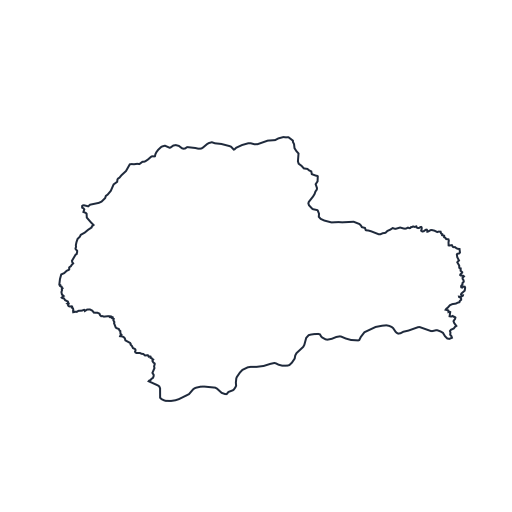 outline of Anzá, Antioquia, Colombia, rotated 75°
{"feature_id": "7082276B98317886135707", "entity_name": "Anzá", "entity_type": "district", "adm_level": 2, "iso_a3": "COL", "parent_name": "Colombia", "parent_adm1": "Antioquia", "projection": "equal_earth", "projection_center": [-75.914, 6.314], "detail": "fine", "context": "isolated", "style": "outline", "palette": "slate", "viewbox_px": 512, "rotation_deg": 75, "n_neighbors": 0, "source": "geoboundaries", "source_scale": "gbopen_adm2", "svg_char_len": 6024}
<svg xmlns="http://www.w3.org/2000/svg" viewBox="0 0 512 512"><g transform="rotate(75 256 256)"><path d="M385.7,87.9L384.0,88.0L382.3,88.8L380.3,88.0L378.7,88.1L377.7,86.8L377.2,83.7L376.0,82.2L375.4,80.6L372.1,81.9L370.2,82.1L369.7,81.8L368.3,80.0L367.0,79.3L366.1,80.0L365.8,81.0L364.8,81.5L365.0,83.2L364.3,84.6L360.4,82.9L359.7,83.8L359.9,84.6L358.3,84.4L357.0,86.7L356.2,85.8L355.5,84.1L353.7,81.4L353.3,78.8L353.7,75.2L353.3,73.4L353.3,71.5L352.2,70.8L351.4,69.2L350.6,68.9L349.2,69.1L348.3,70.4L347.8,70.4L348.5,68.5L347.8,66.4L347.6,66.3L347.4,67.5L346.2,67.9L345.4,67.3L343.5,63.4L340.8,62.2L339.7,62.3L339.2,63.6L339.9,64.9L339.5,65.7L338.9,65.9L337.8,65.4L337.0,64.0L335.6,63.6L334.6,62.0L333.1,61.8L331.7,62.3L330.6,62.2L329.5,60.4L328.7,61.0L327.9,63.2L327.2,63.7L326.6,63.3L325.4,61.1L325.0,61.0L323.2,62.2L321.0,61.5L320.6,62.3L320.0,62.7L317.8,62.2L314.2,63.2L313.6,62.6L312.9,61.1L309.2,61.9L306.5,61.6L306.0,61.0L306.1,59.0L305.4,58.1L301.9,57.6L301.3,59.2L300.5,60.3L298.9,61.5L298.6,62.9L298.1,63.5L296.2,64.0L295.9,66.7L295.6,67.2L292.2,66.4L291.3,65.8L289.7,65.8L288.9,67.9L287.4,68.4L286.6,69.4L285.1,69.0L284.1,70.8L283.2,70.4L282.1,71.4L280.3,71.4L279.7,73.3L279.8,74.7L277.7,77.1L276.4,79.5L276.2,80.6L276.9,83.3L276.9,84.2L275.3,84.0L274.7,84.3L274.6,85.3L275.5,87.6L275.4,89.0L274.3,89.9L272.6,88.9L271.2,88.6L270.7,88.9L270.6,89.7L271.1,91.1L271.0,92.2L270.0,93.5L268.9,93.5L268.9,95.5L268.1,96.6L268.4,97.8L268.2,98.8L268.9,99.7L268.8,100.7L267.9,101.9L268.3,103.8L268.2,104.9L267.7,106.2L265.8,109.4L265.9,114.1L265.4,115.3L264.4,116.7L265.3,119.5L265.8,122.6L267.0,124.7L267.1,125.5L266.8,127.6L267.2,130.3L266.8,131.8L262.0,138.3L260.5,140.8L259.7,142.9L259.4,143.3L257.1,143.5L255.5,146.3L253.8,146.7L251.9,147.8L248.2,152.8L245.8,164.0L244.6,167.5L243.1,174.4L239.4,180.9L236.9,183.9L234.4,185.2L231.5,184.2L228.0,184.6L227.5,185.0L225.5,188.9L225.0,189.4L220.7,191.7L218.7,191.8L217.4,191.0L213.3,185.5L211.3,183.4L209.1,181.9L207.6,180.1L206.2,179.5L202.1,179.8L199.8,177.2L195.0,175.7L194.5,176.1L193.8,177.5L191.4,180.9L188.6,180.7L187.1,182.5L185.2,183.8L183.8,187.1L180.7,188.7L177.9,190.9L175.4,191.0L168.0,188.4L165.0,189.9L161.8,190.9L157.8,190.3L155.4,190.8L154.1,190.5L149.7,193.9L149.1,196.5L148.2,198.8L148.2,204.0L149.0,207.5L147.6,214.8L148.4,225.5L147.7,228.5L145.8,231.8L145.1,234.4L145.2,240.7L146.3,247.1L147.4,249.1L147.5,249.9L144.0,251.8L143.0,253.1L138.8,260.5L136.5,266.5L134.7,269.2L134.7,272.3L135.2,274.2L137.5,279.1L138.0,280.7L137.9,282.1L137.4,284.0L136.0,286.6L133.1,294.0L133.1,294.7L133.8,296.6L133.6,298.3L132.8,299.6L129.7,302.0L128.1,304.8L127.9,307.3L129.1,310.5L129.1,311.4L125.9,315.4L125.9,318.3L126.2,319.5L128.1,323.0L129.9,325.3L131.6,326.8L133.5,327.8L133.5,328.4L132.8,330.5L133.0,331.7L134.8,335.3L135.8,338.2L136.0,339.4L135.6,341.3L137.0,344.8L136.2,346.9L135.8,350.1L135.0,352.4L134.8,354.2L140.3,359.6L143.2,365.1L145.0,367.6L145.5,369.2L146.2,370.0L148.4,370.9L150.0,375.0L155.5,379.4L158.3,383.4L159.1,385.5L161.0,386.7L163.5,391.1L164.0,394.1L163.5,403.0L164.6,405.2L162.5,409.0L162.3,409.9L162.7,411.0L164.3,411.4L165.3,410.3L166.5,409.8L168.8,411.3L170.3,409.3L171.3,408.7L175.1,409.5L180.9,406.7L184.0,404.9L184.9,406.9L185.9,407.4L187.2,411.3L189.1,415.4L190.2,419.8L191.8,421.2L193.3,423.9L196.1,425.8L198.9,427.2L200.7,427.5L201.9,428.4L202.8,428.4L204.6,427.4L205.8,427.7L207.7,428.7L208.0,429.9L213.0,435.0L214.3,435.1L215.8,434.5L217.1,436.6L218.0,437.5L218.5,439.1L219.1,439.6L220.3,439.7L220.9,440.3L221.3,442.7L222.9,445.7L223.4,448.9L227.5,451.3L232.5,453.3L232.8,453.4L233.4,452.6L234.2,453.0L235.3,451.7L236.1,451.9L237.1,451.2L237.8,452.2L238.8,452.2L240.5,453.3L242.9,453.4L244.8,452.2L245.0,453.3L245.6,453.4L246.0,454.4L246.6,453.9L247.2,452.5L249.3,451.8L251.3,449.5L252.7,449.4L253.1,450.4L253.8,449.4L254.7,450.3L255.9,450.0L256.6,448.9L256.9,447.0L257.2,446.7L258.3,447.2L259.2,446.3L261.6,446.5L261.7,446.9L263.0,447.1L263.2,444.2L263.6,443.6L263.0,441.7L263.7,438.3L263.5,435.9L263.9,435.5L264.8,435.5L264.0,432.9L264.7,430.2L266.4,428.3L268.8,427.2L269.8,423.8L271.2,422.1L272.9,421.9L274.1,421.1L274.3,419.9L275.2,418.6L275.9,414.2L276.8,411.7L277.2,411.3L277.6,412.1L278.3,410.4L279.0,410.9L279.9,409.7L281.2,410.4L283.2,409.9L284.1,410.5L288.7,410.0L289.5,409.5L291.0,407.4L292.7,407.1L293.3,406.5L295.9,407.0L297.1,406.4L297.6,407.5L298.3,408.0L299.1,406.0L300.1,404.8L301.6,404.0L303.7,404.0L307.4,400.1L308.4,399.8L309.1,400.1L310.9,399.1L313.1,398.7L314.4,397.1L315.1,396.7L316.0,396.8L317.1,397.6L318.0,397.4L318.8,396.5L319.6,393.3L320.8,391.9L321.5,390.2L323.4,388.9L323.8,386.2L325.5,385.7L325.5,384.5L325.9,383.9L327.1,384.2L327.7,383.2L328.3,383.1L329.4,382.1L330.3,383.1L330.7,383.2L332.3,382.7L333.6,381.7L334.2,381.8L336.2,383.0L338.0,383.1L342.1,386.3L344.3,385.6L345.4,385.9L347.0,387.0L347.7,388.9L348.5,389.9L348.7,391.4L349.2,392.1L355.6,384.3L356.9,383.2L359.0,382.9L368.1,385.3L369.8,384.3L371.6,382.2L372.5,380.8L374.0,375.7L374.5,371.2L374.3,367.5L372.1,356.5L368.5,351.2L367.9,349.6L367.7,347.8L367.9,343.2L368.8,339.6L372.6,329.5L374.0,328.0L379.3,324.6L381.3,321.7L381.8,320.1L380.2,317.8L379.7,313.0L379.2,311.9L377.6,310.0L376.2,308.8L373.0,308.2L369.1,306.7L367.9,305.8L364.4,301.7L362.5,298.6L361.4,292.8L361.7,289.9L363.2,284.4L364.2,277.0L363.9,270.1L364.1,265.9L364.9,264.5L366.8,262.4L368.7,259.1L370.0,254.1L370.0,252.0L368.3,248.9L365.1,245.2L362.2,243.8L360.3,242.0L356.0,233.9L354.3,232.3L348.1,228.7L346.1,225.6L346.1,223.4L346.5,220.0L347.4,216.0L348.3,214.5L350.6,213.9L351.8,213.2L354.5,210.4L355.3,208.7L355.6,204.2L355.0,199.4L355.3,195.9L355.8,194.7L358.9,190.7L361.7,186.0L364.0,179.1L363.9,178.0L361.3,175.7L357.7,171.0L355.5,158.8L356.0,152.1L356.7,148.0L358.0,145.4L359.7,143.3L361.2,142.2L365.3,140.8L366.6,140.0L367.8,138.7L368.0,136.3L367.3,133.3L367.5,128.1L366.7,117.9L367.0,116.3L373.8,106.4L374.2,104.8L374.3,101.2L374.7,100.0L376.7,97.2L378.6,95.3L382.4,94.2L385.2,92.6L386.1,90.7L385.7,87.9Z" fill="none" stroke="#1e293b" stroke-width="2"/></g></svg>